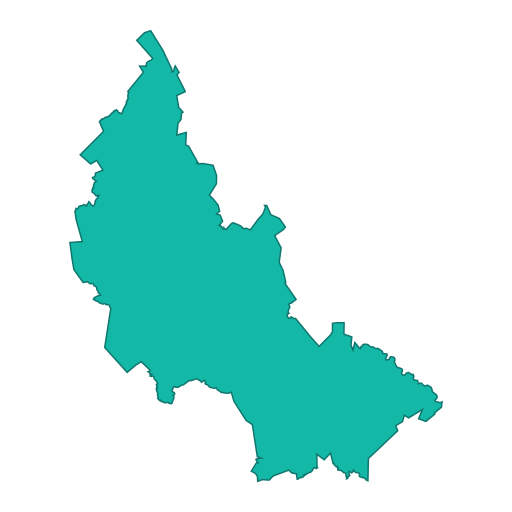 outline of El Oro, Durango, Mexico
{"feature_id": "50627088B64082944124553", "entity_name": "El Oro", "entity_type": "district", "adm_level": 2, "iso_a3": "MEX", "parent_name": "Mexico", "parent_adm1": "Durango", "projection": "albers", "projection_center": [-105.231, 25.637], "detail": "fine", "context": "isolated", "style": "filled", "palette": "teal", "viewbox_px": 512, "rotation_deg": 0, "n_neighbors": 0, "source": "geoboundaries", "source_scale": "gbopen_adm2", "svg_char_len": 6009}
<svg xmlns="http://www.w3.org/2000/svg" viewBox="0 0 512 512"><path d="M127.2,372.4L135.8,365.1L141.2,361.7L150.4,370.4L149.4,371.4L148.1,371.6L150.2,373.6L151.4,374.1L150.2,374.7L150.9,375.5L150.2,376.0L151.2,376.5L152.5,376.1L153.4,376.3L154.0,377.3L154.2,378.8L156.5,381.3L157.7,383.7L156.8,384.1L156.3,384.9L156.9,385.6L156.8,386.5L157.3,387.0L156.7,387.6L157.2,388.3L156.3,388.7L156.6,390.6L157.7,393.1L157.5,395.0L158.2,397.5L157.6,398.1L158.7,399.6L159.8,400.0L159.7,400.3L160.6,400.4L160.4,401.0L161.6,401.1L161.9,401.8L163.0,401.7L164.1,402.6L165.4,402.8L168.3,402.3L168.9,402.9L169.0,403.4L171.8,403.6L174.0,397.5L173.1,395.1L174.3,394.9L174.7,393.6L174.2,392.5L172.0,391.6L172.0,390.9L173.5,386.7L174.3,386.4L175.0,387.1L177.8,387.4L182.2,384.9L183.5,384.8L188.9,380.7L191.4,380.6L192.2,380.0L193.4,380.0L196.0,378.8L197.0,379.0L200.2,380.8L201.6,382.2L202.1,381.7L202.7,381.7L203.7,380.5L204.5,380.2L205.7,382.1L205.2,382.7L205.0,383.5L205.6,384.2L207.6,384.8L209.8,387.3L214.7,388.3L216.1,387.8L217.9,390.2L220.0,391.3L221.1,392.5L222.8,392.4L223.5,392.8L226.9,393.2L228.7,393.1L231.3,392.3L234.0,401.4L246.1,420.4L252.4,424.7L257.3,456.7L261.2,458.0L256.2,459.0L256.0,459.9L258.1,462.6L256.8,462.3L251.3,471.2L255.5,473.5L257.4,476.4L257.7,481.3L262.5,479.6L269.2,480.1L273.2,475.9L288.9,470.1L291.6,472.9L296.4,473.8L297.2,479.2L297.9,479.1L300.0,477.6L301.8,477.6L303.1,476.6L303.4,476.7L303.7,476.0L303.6,475.4L304.1,475.7L304.6,474.7L305.0,475.1L305.6,474.5L306.1,474.5L307.0,473.5L307.6,473.5L309.1,472.5L310.4,472.4L312.3,470.6L312.5,469.8L314.2,467.7L316.5,468.5L317.5,467.7L317.0,467.4L316.8,454.2L324.2,459.8L330.5,453.1L333.1,463.4L333.5,463.2L333.9,463.5L334.3,465.0L336.0,466.2L336.2,466.8L337.6,466.5L337.9,467.1L337.2,467.3L338.0,468.6L337.6,469.5L337.8,470.0L338.9,469.9L339.4,470.3L341.0,470.4L343.9,472.8L345.4,473.0L346.2,473.5L345.9,475.6L346.6,477.2L346.5,478.8L347.9,478.1L347.9,476.6L349.7,475.6L348.9,473.0L349.1,471.3L351.7,472.9L352.3,472.4L353.4,470.1L354.4,471.5L355.9,472.5L358.7,472.8L359.6,474.7L359.2,476.0L359.8,476.7L364.7,478.2L365.6,479.0L366.0,479.9L367.9,480.7L368.4,458.5L397.7,430.7L395.7,425.7L402.5,421.6L404.3,415.2L408.6,417.9L422.5,409.4L418.6,418.8L425.9,421.4L434.8,414.1L434.5,413.0L441.4,407.2L442.1,402.0L441.2,402.4L439.0,402.4L435.7,401.6L434.7,400.4L436.6,398.5L437.2,396.8L436.9,395.7L436.2,394.7L432.3,391.6L432.0,389.5L431.3,387.6L429.8,386.4L427.4,385.2L426.8,385.2L426.3,385.8L425.2,386.2L424.1,385.4L423.4,385.4L422.3,383.9L421.0,383.1L420.2,383.0L418.6,383.9L418.1,382.9L417.6,380.5L415.1,380.2L413.3,379.3L413.3,378.1L413.9,376.4L413.2,374.4L411.4,374.6L410.6,373.7L408.4,372.4L406.3,373.2L404.8,375.1L403.2,375.1L402.0,374.3L401.5,373.0L402.1,371.5L402.5,371.0L402.2,369.2L399.9,368.0L397.9,367.7L396.4,366.4L394.3,361.6L394.8,360.6L394.9,358.9L394.3,357.7L393.6,357.2L390.7,356.7L389.7,357.7L388.9,359.5L386.6,360.0L386.0,359.8L385.7,358.9L386.1,357.6L386.6,356.0L387.3,355.3L386.9,354.0L382.9,353.5L382.4,351.6L381.8,350.8L379.1,349.1L377.8,348.4L375.6,348.6L372.9,346.9L370.2,346.7L368.3,344.9L367.3,344.4L364.1,344.2L362.9,344.6L362.8,345.8L361.2,346.4L360.9,346.9L361.1,347.2L361.0,347.8L360.4,348.0L360.2,348.6L359.8,348.5L354.8,342.5L353.0,350.1L351.0,345.1L351.8,336.9L343.9,334.2L344.1,322.7L336.4,322.8L332.5,323.3L332.5,331.5L330.8,334.7L319.1,346.4L310.7,337.0L295.6,318.5L294.6,318.7L291.1,316.9L290.9,317.8L288.9,318.4L288.5,317.5L287.3,317.0L287.1,314.5L289.0,313.3L288.0,312.4L288.6,309.5L289.8,307.7L289.6,306.2L288.6,304.6L288.7,304.2L289.7,303.5L290.9,303.4L291.1,302.8L292.0,302.6L296.1,299.4L284.9,283.3L285.8,282.6L283.1,270.4L279.2,262.4L281.1,247.8L274.7,235.6L283.6,229.4L285.4,227.0L279.4,218.5L270.8,214.7L266.8,205.6L264.6,205.4L265.4,207.0L265.1,208.4L262.9,213.9L258.1,219.3L250.3,229.9L246.2,228.2L243.8,228.8L240.5,225.8L233.2,222.7L231.4,223.6L226.9,228.5L226.8,229.1L225.3,229.3L224.3,227.8L224.4,228.7L223.4,229.2L222.3,228.1L222.7,227.5L222.1,227.8L220.6,225.7L220.0,225.4L219.4,225.7L219.1,225.0L220.0,224.5L222.6,221.2L220.2,215.1L216.6,214.2L219.7,211.2L218.0,205.0L213.8,199.7L209.4,195.1L216.4,183.8L216.6,175.6L213.1,165.3L203.4,163.6L197.3,163.7L196.7,163.3L197.8,162.5L188.6,146.2L185.7,145.0L186.3,132.4L176.8,135.0L178.0,123.4L181.0,119.4L181.5,113.2L183.0,112.1L178.7,107.4L176.7,95.6L185.1,91.7L185.2,91.3L177.1,75.3L177.6,74.0L179.1,72.5L175.2,65.9L174.2,68.3L174.2,69.5L172.9,71.9L171.9,71.9L171.7,69.0L163.0,50.5L150.7,30.7L144.5,32.7L136.7,40.3L152.8,58.5L151.4,59.9L148.0,61.6L146.8,62.7L146.5,63.3L146.4,65.2L146.2,65.3L146.3,66.2L139.6,66.1L143.4,72.3L127.9,91.3L128.6,92.0L128.6,92.5L128.2,92.8L128.3,94.2L127.7,96.1L128.2,98.1L126.8,101.0L126.8,102.0L126.2,102.2L126.5,103.0L126.1,104.2L123.5,108.9L121.9,113.7L118.3,112.4L117.8,111.0L116.5,109.8L115.5,110.7L114.4,110.5L113.4,111.5L113.5,111.8L112.8,112.7L111.6,113.2L111.2,114.0L109.0,116.0L105.9,117.6L105.6,117.2L102.6,119.3L102.0,118.9L99.4,121.6L103.6,131.3L80.2,154.8L90.7,164.0L96.7,160.4L102.9,170.2L95.5,173.1L95.2,175.4L94.6,176.9L92.5,177.4L92.6,178.4L96.2,181.1L95.6,181.2L95.5,181.8L94.2,182.9L94.2,183.9L93.5,185.2L93.6,187.5L92.7,187.8L93.0,188.7L92.0,189.9L92.2,190.3L92.0,191.4L92.4,192.4L94.3,193.5L95.9,195.7L96.6,196.0L97.7,195.4L98.9,195.4L97.4,198.2L96.1,199.4L95.6,200.6L95.0,201.3L95.2,203.2L94.4,204.3L94.0,205.7L92.7,206.0L91.0,204.6L90.0,202.7L88.8,201.7L88.1,203.5L86.7,204.8L86.5,206.0L85.8,206.0L84.1,204.5L82.3,205.6L79.6,206.0L78.9,206.6L77.7,208.9L76.1,208.4L75.4,210.6L75.4,211.5L75.0,211.5L76.1,219.4L82.3,241.6L69.9,242.5L72.1,259.0L73.9,269.6L83.1,282.5L87.6,281.8L90.1,283.8L91.9,283.5L93.3,284.0L93.9,285.0L94.0,285.9L95.3,286.0L96.8,287.7L96.8,289.6L98.2,291.3L98.1,292.7L99.2,293.3L100.6,295.1L98.4,295.6L94.3,297.7L93.5,298.8L93.5,299.5L94.8,299.7L95.1,300.4L95.8,300.9L97.9,301.3L99.5,303.0L100.5,302.9L101.4,303.6L103.1,304.1L104.5,303.6L105.4,303.9L106.0,304.6L109.2,304.9L109.9,307.1L110.8,308.4L104.7,347.5L127.2,372.4Z" fill="#14b8a6" stroke="#0f766e" stroke-width="1.5"/></svg>